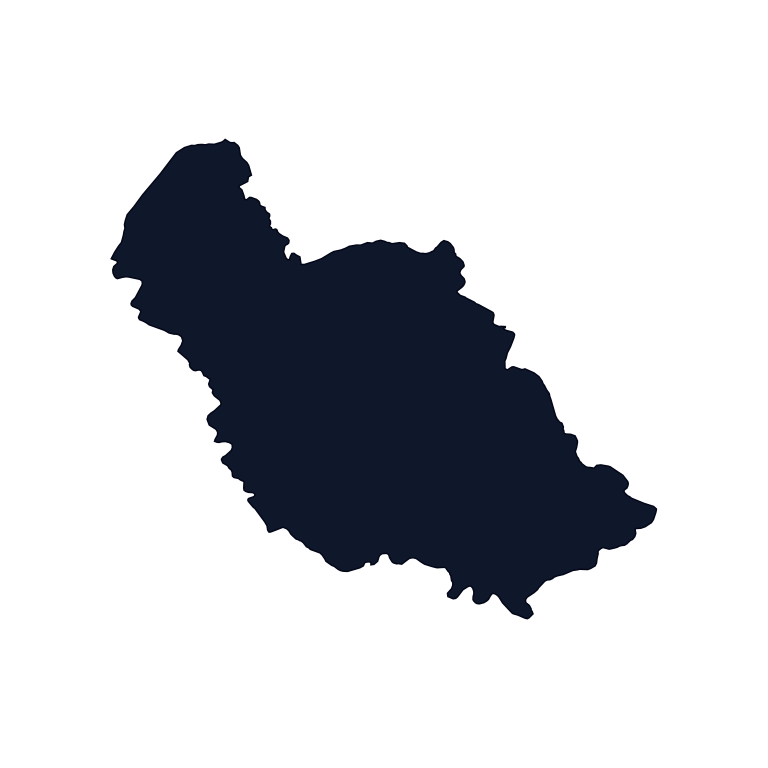 Hermenegildo Galeana, Puebla, Mexico, rotated 106°
{"feature_id": "50627088B54036543797475", "entity_name": "Hermenegildo Galeana", "entity_type": "district", "adm_level": 2, "iso_a3": "MEX", "parent_name": "Mexico", "parent_adm1": "Puebla", "projection": "natural_earth1", "projection_center": [-97.731, 20.119], "detail": "fine", "context": "isolated", "style": "filled", "palette": "ink", "viewbox_px": 768, "rotation_deg": 106, "n_neighbors": 0, "source": "geoboundaries", "source_scale": "gbopen_adm2", "svg_char_len": 6162}
<svg xmlns="http://www.w3.org/2000/svg" viewBox="0 0 768 768"><g transform="rotate(106 384 384)"><path d="M339.3,674.9L339.9,673.9L341.7,673.7L345.5,676.1L349.0,676.2L352.1,675.0L354.6,672.9L355.8,671.2L356.2,669.4L353.3,664.5L352.0,661.5L351.5,659.1L350.7,647.6L351.6,645.1L353.8,644.0L356.0,643.9L369.6,646.8L373.7,649.1L376.5,649.3L377.8,648.6L378.6,647.0L379.5,640.1L381.3,637.6L387.4,638.4L388.5,637.8L389.5,636.6L390.0,632.1L390.7,629.2L391.8,626.2L392.9,609.9L394.2,604.6L393.9,599.3L393.4,598.0L393.2,595.2L394.1,592.3L394.5,591.6L397.9,589.3L402.7,589.6L407.4,591.0L409.3,591.1L414.8,579.2L417.7,576.3L419.1,576.3L421.3,575.0L422.9,572.1L423.3,570.6L423.1,568.7L421.9,566.7L421.2,564.4L421.6,563.2L422.6,561.9L425.6,559.4L425.7,557.1L427.6,552.3L432.4,552.5L434.6,551.0L436.6,546.8L439.6,546.6L440.8,545.5L442.3,543.6L444.9,537.2L447.2,535.4L449.0,535.1L456.6,539.7L459.8,542.4L462.9,544.3L466.7,544.3L471.6,540.7L473.7,533.4L474.5,532.1L476.4,530.5L479.1,530.0L483.9,531.1L485.8,531.1L486.0,528.2L485.5,526.2L484.1,523.8L483.0,520.5L482.9,516.6L483.8,513.4L487.0,512.2L490.0,512.5L496.6,516.6L498.6,518.7L501.0,519.5L501.9,519.2L504.3,517.2L505.6,511.8L507.7,509.6L508.8,507.1L510.5,505.7L514.2,504.3L514.6,503.8L515.2,502.4L514.9,497.9L515.8,495.6L516.4,491.6L522.8,490.1L524.7,489.2L525.4,487.2L525.5,484.5L524.7,480.8L524.7,479.0L525.8,477.6L527.0,477.5L528.2,478.1L531.3,482.5L532.1,482.9L533.0,482.9L534.1,482.2L538.5,475.7L539.2,473.8L549.4,460.6L552.6,457.3L556.4,455.6L557.3,454.7L558.0,453.9L557.9,453.0L557.0,451.5L549.5,441.6L550.0,437.4L551.4,434.9L554.2,431.8L557.2,425.9L557.3,423.5L557.8,421.6L557.7,420.4L558.8,417.8L561.8,413.7L562.2,411.2L563.3,409.2L564.0,399.0L565.4,396.3L568.4,392.7L570.4,390.9L572.7,384.3L573.0,381.6L574.8,377.0L575.3,374.4L575.2,371.7L574.2,367.4L567.3,356.5L564.5,353.7L561.6,353.4L560.4,352.6L559.3,350.1L559.0,348.7L559.3,347.3L561.4,346.7L560.1,343.9L556.2,341.3L551.6,341.3L549.8,340.8L547.7,339.2L546.1,335.0L546.4,333.4L546.8,332.4L549.6,330.6L552.6,327.3L553.3,325.8L553.4,322.4L552.7,320.9L552.3,317.3L544.9,311.8L543.8,310.2L542.9,307.7L542.9,304.8L545.0,298.9L546.0,295.3L546.2,287.6L546.0,282.4L543.6,275.6L543.6,274.3L544.1,273.5L546.2,271.0L547.4,268.9L548.7,268.2L549.9,266.9L554.3,264.9L555.9,263.1L558.6,262.4L562.1,262.6L567.7,265.3L570.7,264.0L571.4,258.3L570.3,256.0L568.4,254.7L560.0,251.4L555.5,247.4L554.4,245.7L554.6,244.2L555.8,242.4L558.6,240.5L560.7,239.8L563.9,239.7L566.7,239.0L567.7,238.1L569.1,235.7L569.4,234.0L569.0,231.7L566.7,227.8L564.4,225.6L562.2,224.2L558.8,223.5L556.0,222.5L555.1,221.1L555.2,218.9L555.9,216.8L557.3,214.5L561.7,209.7L568.7,198.0L569.2,196.6L569.2,192.0L570.2,184.0L570.1,181.6L568.7,180.1L563.9,177.4L561.7,179.0L560.8,180.3L559.6,180.6L556.8,183.3L555.2,187.2L553.6,188.2L551.7,188.4L549.4,187.6L543.2,182.3L540.3,180.4L539.1,179.7L537.4,179.3L529.2,175.1L527.5,173.4L526.3,170.4L524.5,168.4L522.6,167.1L520.6,164.5L517.7,159.2L511.1,151.0L509.1,146.5L508.2,145.2L506.2,137.0L504.4,134.6L500.7,131.0L497.6,130.4L493.1,131.1L488.0,131.4L486.1,132.2L484.7,131.8L482.3,130.1L481.4,129.2L480.8,128.1L480.7,122.0L478.2,117.4L476.4,114.5L475.2,113.5L473.8,111.2L472.7,108.4L470.6,106.5L466.3,104.0L465.0,102.3L461.7,100.9L458.3,100.8L454.9,102.4L453.6,102.3L451.8,97.3L449.2,93.6L443.5,88.7L439.8,87.6L432.7,87.3L429.9,87.5L429.0,87.8L428.1,89.6L427.4,91.1L427.1,101.2L425.6,114.7L424.7,116.6L424.3,118.9L422.7,122.1L421.4,123.6L419.8,123.9L417.0,121.8L414.3,121.5L412.2,121.8L410.6,122.8L405.9,129.2L401.2,143.9L401.2,146.0L402.0,153.2L403.6,157.1L407.0,158.9L407.4,162.7L408.0,165.2L407.9,167.1L406.3,171.4L405.1,173.0L404.4,174.6L401.8,176.7L400.5,178.5L396.3,181.5L391.7,181.4L387.1,181.9L385.3,182.4L383.2,184.2L381.2,186.0L380.9,190.7L381.9,195.1L381.9,196.9L381.0,197.7L379.1,198.4L378.0,199.5L375.9,199.7L372.6,202.2L372.2,204.8L369.8,208.1L367.5,210.2L352.6,219.5L350.5,221.1L347.7,222.5L344.8,226.1L341.2,229.4L339.7,231.4L337.8,232.7L334.2,237.1L332.0,242.8L330.6,252.7L331.6,254.1L332.2,255.8L331.7,264.2L332.4,265.8L336.5,269.3L335.9,271.9L328.6,274.2L325.6,273.8L320.1,274.0L313.2,272.7L304.6,271.9L300.8,272.0L299.8,272.6L298.7,274.6L298.8,281.7L298.2,284.2L297.3,284.6L296.4,283.0L295.4,283.2L296.4,287.6L297.1,289.2L296.5,294.1L296.0,295.5L294.4,296.5L287.5,297.2L285.5,298.6L285.0,299.8L281.6,315.2L281.5,317.7L280.5,319.5L278.8,328.6L278.2,329.9L277.8,335.3L275.8,338.9L274.6,339.5L269.0,335.5L267.4,334.7L264.6,334.2L263.2,334.4L260.7,336.0L258.4,339.9L256.9,341.4L255.5,341.9L252.9,341.6L249.0,339.5L247.7,339.8L244.8,341.8L242.9,345.0L242.1,347.1L241.6,349.6L240.6,350.5L239.4,350.9L238.2,352.8L235.2,353.9L233.6,355.1L230.7,359.1L229.7,361.9L229.7,366.0L232.2,368.2L237.7,370.7L239.1,371.9L242.8,373.1L243.0,373.9L245.5,376.6L247.3,379.9L247.7,382.6L248.4,384.8L248.2,389.2L246.0,399.7L245.1,399.7L243.1,403.1L243.9,408.1L247.0,415.0L246.7,418.0L247.1,420.2L246.7,422.7L246.8,426.8L249.0,430.9L251.8,433.9L252.7,438.9L256.9,444.5L258.1,448.9L261.2,455.3L264.3,458.6L267.2,462.5L270.5,468.7L272.4,470.8L280.7,478.5L285.1,484.3L291.1,493.5L291.9,496.7L285.0,499.9L284.3,503.6L283.2,506.6L284.0,508.6L287.1,509.2L290.5,509.2L291.0,511.0L290.0,512.8L284.9,516.9L278.8,517.4L277.2,516.5L276.2,515.3L274.6,514.5L272.1,514.9L270.3,517.0L269.7,522.1L268.3,526.5L266.9,528.4L265.7,529.1L265.0,530.0L265.0,531.2L266.2,532.9L266.1,534.6L264.8,535.4L264.4,536.7L263.6,537.7L261.4,537.3L258.7,538.1L256.7,540.3L253.9,540.2L252.2,540.9L251.0,544.3L249.2,546.4L247.1,547.1L246.9,550.5L246.4,552.4L243.6,553.9L242.7,555.0L241.7,557.5L241.3,563.0L241.7,564.7L244.9,566.9L244.7,568.9L241.5,570.6L236.6,574.1L235.0,577.5L233.4,577.8L226.9,570.9L222.2,571.4L219.8,569.0L211.3,574.3L208.9,576.9L206.2,582.3L203.7,585.1L196.8,588.3L195.0,590.3L193.2,594.6L194.0,596.6L194.3,598.8L192.7,604.1L194.9,605.4L196.4,606.9L200.4,613.2L201.7,618.7L203.3,621.5L204.0,625.3L205.3,629.0L207.0,631.7L207.7,634.8L211.7,640.9L218.9,647.3L244.2,657.2L268.5,668.1L282.6,673.3L292.0,677.5L298.1,677.7L302.4,677.4L306.0,675.8L308.5,676.0L313.0,675.5L320.3,675.4L324.8,677.2L331.5,679.2L338.8,680.7L339.3,674.9Z" fill="#0f172a" stroke="#020617" stroke-width="1.5"/></g></svg>